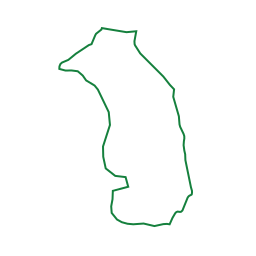 an SVG outline of Tashi Yangtse, rotated 167°
{"feature_id": "BTN-2484", "entity_name": "Tashi Yangtse", "entity_type": "District", "adm_level": 1, "iso_a3": "BTN", "parent_name": "Bhutan", "parent_adm1": "", "projection": "equal_earth", "projection_center": [91.488, 27.679], "detail": "fine", "context": "isolated", "style": "outline", "palette": "green", "viewbox_px": 256, "rotation_deg": 167, "n_neighbors": 0, "source": "natural_earth", "source_scale": "10m", "svg_char_len": 1035}
<svg xmlns="http://www.w3.org/2000/svg" viewBox="0 0 256 256"><g transform="rotate(167 128 128)"><path d="M109.1,24.8L111.6,25.8L115.2,26.4L124.3,26.5L134.3,31.4L144.5,33.0L150.0,34.8L155.2,37.6L159.3,41.3L163.0,48.9L162.0,55.4L159.1,62.1L156.9,70.2L141.0,70.7L141.4,80.7L151.2,84.2L158.8,93.6L158.6,105.5L156.5,115.6L144.9,135.0L143.2,147.8L148.7,172.2L151.0,176.9L158.1,183.8L160.3,189.3L164.2,194.6L169.9,196.7L176.1,198.1L181.6,201.0L181.5,201.6L180.9,203.5L179.5,205.5L177.6,206.6L170.8,207.8L162.1,212.1L147.5,217.6L144.7,217.9L139.0,225.8L137.9,227.0L131.8,229.9L131.0,231.2L107.9,221.7L98.2,220.4L102.2,211.1L102.7,208.2L102.5,206.9L99.3,197.9L82.0,170.2L77.5,160.6L74.4,155.3L76.9,148.2L75.8,128.0L77.0,119.9L76.9,117.4L75.2,109.8L75.0,107.4L75.5,105.0L76.5,102.6L77.7,98.7L78.2,93.2L78.2,89.5L79.3,83.8L80.0,56.2L79.8,52.4L80.2,50.5L80.9,48.9L82.0,48.5L83.2,48.3L84.3,47.8L85.5,46.8L93.5,35.4L95.0,34.5L96.1,34.5L98.5,35.4L99.8,35.2L101.1,34.4L104.8,30.5L109.1,24.8Z" fill="none" stroke="#15803d" stroke-width="2"/></g></svg>